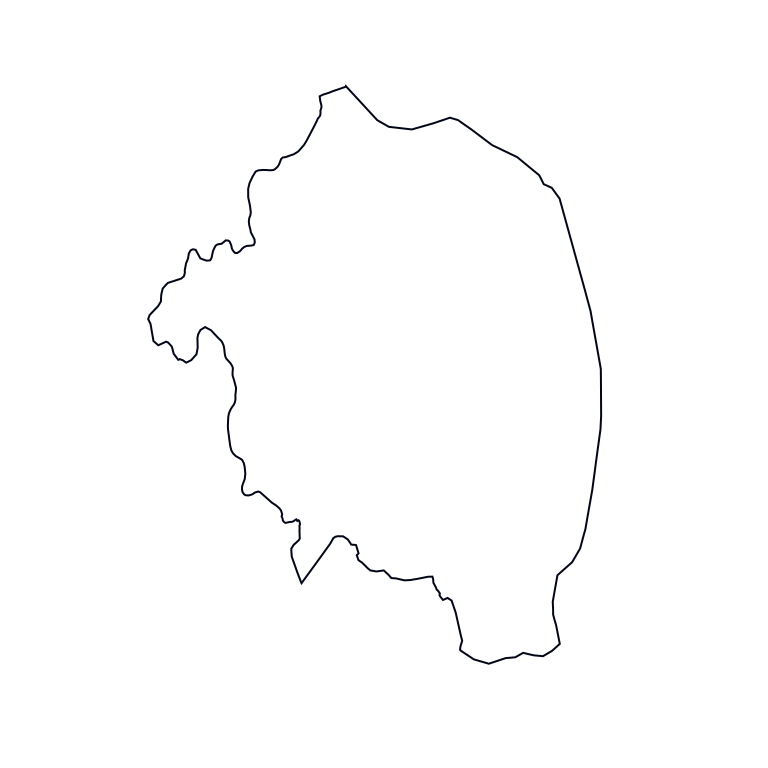 Lamandau, Kalimantan Tengah, Indonesia, rotated 348°
{"feature_id": "22746128B62127435888540", "entity_name": "Lamandau", "entity_type": "district", "adm_level": 2, "iso_a3": "IDN", "parent_name": "Indonesia", "parent_adm1": "Kalimantan Tengah", "projection": "equal_earth", "projection_center": [111.153, -1.823], "detail": "fine", "context": "isolated", "style": "outline", "palette": "ink", "viewbox_px": 768, "rotation_deg": 348, "n_neighbors": 0, "source": "geoboundaries", "source_scale": "gbopen_adm2", "svg_char_len": 5268}
<svg xmlns="http://www.w3.org/2000/svg" viewBox="0 0 768 768"><g transform="rotate(348 384 384)"><path d="M261.9,561.7L280.2,545.3L298.2,529.0L302.3,524.3L304.6,523.3L307.2,523.3L312.3,524.5L316.3,528.5L318.6,534.3L323.0,535.6L323.2,535.9L323.9,544.4L321.8,545.8L322.4,551.0L325.6,554.4L329.8,560.9L331.9,563.5L337.6,565.8L345.0,566.3L348.8,571.7L350.9,575.4L355.2,576.6L363.2,580.3L369.5,581.3L371.3,581.3L375.0,581.5L387.1,581.7L391.3,582.5L391.5,585.1L391.0,588.7L392.6,594.2L392.7,595.9L393.8,597.3L395.1,600.5L394.4,602.0L394.9,603.8L396.8,607.5L401.7,606.5L405.1,609.9L406.6,622.5L406.8,641.0L406.9,647.3L407.0,648.7L407.1,651.4L404.4,656.2L403.1,659.8L403.9,661.1L411.1,668.4L414.6,672.0L428.4,679.4L439.1,678.2L445.3,677.5L445.8,677.4L455.6,678.6L464.2,675.9L470.3,678.8L474.3,680.6L482.9,683.3L492.8,680.0L501.9,674.8L502.2,655.3L501.8,650.6L501.5,644.6L502.5,639.9L503.8,632.0L513.9,607.1L531.0,597.4L541.6,585.7L545.4,578.3L548.3,572.6L550.8,567.9L557.4,551.4L565.7,530.9L570.4,517.7L571.9,513.7L572.0,513.2L575.2,504.2L579.8,491.4L586.3,473.4L588.5,465.1L589.7,460.6L596.8,426.3L599.2,414.4L600.0,391.1L600.8,366.2L601.2,355.7L600.0,333.5L594.3,239.2L588.9,227.0L581.8,221.8L579.3,212.2L566.5,196.1L561.5,189.8L539.4,172.8L522.4,153.2L511.2,141.2L503.8,137.2L499.1,137.8L486.0,139.3L464.2,140.8L442.3,133.5L432.3,124.6L416.4,97.8L408.6,84.7L408.2,85.3L403.6,85.9L394.5,87.0L390.7,87.7L384.4,88.3L380.9,89.2L380.5,93.9L380.7,98.6L380.3,100.5L378.6,103.5L378.2,106.0L377.5,107.9L376.3,109.2L374.3,110.8L373.6,111.9L370.9,115.4L365.3,122.2L358.8,130.0L357.1,131.8L355.6,133.4L353.0,135.4L348.5,138.7L343.6,140.5L337.6,141.2L337.6,141.3L335.0,141.6L332.0,141.4L330.1,142.6L328.4,145.3L326.9,147.5L325.3,149.2L322.1,151.2L320.2,151.7L318.8,151.5L317.1,151.3L314.4,150.5L309.9,149.4L305.4,148.9L302.6,149.5L298.5,153.9L294.2,159.6L291.7,164.9L290.0,173.1L290.0,181.4L289.4,188.4L288.3,191.3L286.8,193.5L285.6,196.8L285.2,200.5L285.4,205.2L285.3,207.9L286.0,210.6L286.5,212.3L287.4,215.7L287.0,218.8L285.4,221.0L282.6,221.0L278.6,220.4L275.8,220.9L273.4,222.1L271.7,223.5L270.1,224.5L267.6,225.3L265.7,224.9L264.4,223.1L263.4,220.2L263.4,216.3L262.6,212.5L261.4,211.3L259.0,210.6L257.4,211.5L254.2,213.1L251.9,212.9L250.0,212.9L248.2,213.6L246.5,215.5L244.5,218.2L242.9,221.7L241.7,224.5L239.8,226.8L238.2,226.8L236.0,226.4L232.2,224.1L230.4,222.8L229.7,220.4L227.7,213.6L225.1,212.5L222.7,213.0L220.3,215.6L218.3,220.7L215.5,224.8L212.7,231.5L212.4,233.7L210.8,236.9L207.7,238.7L193.6,240.2L191.0,241.9L187.4,244.6L184.9,249.8L184.8,250.1L184.7,250.4L183.7,253.9L182.9,257.0L181.6,258.3L180.5,259.5L179.3,260.8L176.0,263.1L175.9,263.1L173.5,264.8L173.3,264.9L173.2,265.0L171.3,266.3L171.0,266.5L169.1,267.8L168.2,269.2L167.9,269.8L166.8,271.4L168.1,276.5L168.0,280.1L167.8,284.1L167.6,290.2L167.5,292.2L167.4,294.0L171.3,299.2L176.5,298.0L179.2,297.4L179.7,297.3L181.5,298.6L184.2,303.2L184.4,305.6L184.4,305.9L184.4,307.0L184.6,310.7L185.1,311.8L187.8,317.6L188.8,317.4L189.4,317.2L191.1,318.3L192.0,318.8L192.3,319.1L195.0,322.0L200.4,320.6L201.1,320.1L202.8,318.8L204.2,317.8L206.0,316.5L206.7,316.0L207.4,314.3L207.5,314.0L207.7,313.6L209.0,310.5L209.3,309.7L211.1,300.1L211.6,299.0L212.1,297.8L212.3,297.4L212.4,297.0L212.6,296.8L213.3,295.9L214.2,294.7L214.8,294.2L215.3,293.5L215.7,293.0L218.0,292.2L219.1,291.8L220.9,291.1L222.0,292.2L225.1,294.7L226.0,295.5L226.3,296.0L227.1,297.3L228.2,299.2L230.7,303.3L231.3,304.3L232.0,305.4L232.3,305.8L233.1,307.0L233.4,307.4L233.7,307.8L234.5,310.0L235.1,313.0L235.1,315.6L234.9,318.1L234.6,320.3L234.5,322.6L234.5,324.1L234.9,326.2L236.4,328.8L238.3,332.1L239.1,334.4L239.5,336.4L239.4,337.0L239.2,338.2L239.2,338.3L238.6,340.0L238.0,342.4L237.8,343.4L237.7,344.6L237.9,346.7L238.1,348.9L238.5,356.6L238.0,358.9L237.6,360.1L237.4,360.8L237.2,361.3L237.1,361.7L236.3,364.0L235.6,367.8L234.5,370.7L232.7,373.1L230.6,375.0L229.1,376.5L228.9,376.8L228.7,377.0L226.2,380.5L224.7,384.2L222.5,392.8L222.2,394.9L222.1,395.1L221.9,397.0L221.8,398.4L221.6,400.8L221.5,402.4L221.4,403.7L221.3,404.4L220.7,412.7L220.9,417.3L221.9,420.4L224.1,423.8L226.9,426.2L228.2,427.5L228.3,427.5L229.4,428.7L229.5,429.0L229.9,430.3L229.9,430.6L230.4,432.1L230.5,435.8L230.3,437.7L229.7,443.1L228.6,446.1L228.5,446.5L228.0,448.1L227.4,449.0L226.8,449.9L225.8,451.5L225.1,452.5L224.5,453.7L223.8,455.0L223.3,457.2L223.1,457.9L223.1,458.0L223.2,459.0L223.2,460.6L223.3,460.8L223.5,461.2L224.2,462.8L225.3,463.9L226.4,464.3L227.8,464.7L228.0,464.8L230.0,464.8L232.3,464.5L232.9,464.3L234.2,463.7L235.3,463.3L236.1,463.2L238.0,463.1L238.6,463.0L239.0,463.3L240.3,464.1L241.1,465.1L242.1,466.5L242.5,467.0L245.3,470.8L249.6,476.7L250.6,477.7L252.8,479.9L253.6,480.8L256.1,484.3L257.0,486.5L257.3,490.3L256.3,492.3L256.8,494.6L256.7,496.5L257.6,498.4L258.8,499.4L261.4,499.4L262.8,499.3L265.1,499.7L267.1,499.4L268.3,498.8L269.2,498.3L270.2,498.2L270.7,499.9L272.0,499.5L272.6,500.3L272.8,502.3L272.7,503.8L271.8,505.1L271.5,507.5L271.0,509.1L269.4,517.8L268.4,518.9L264.8,521.1L263.1,522.0L262.3,522.5L262.2,522.5L259.4,525.5L259.1,525.7L259.1,525.9L258.9,527.0L258.7,527.5L258.6,528.5L258.4,529.7L258.3,530.6L258.2,531.4L258.1,532.0L257.9,533.9L260.3,552.1L261.8,561.3L261.9,561.7Z" fill="none" stroke="#020617" stroke-width="2"/></g></svg>